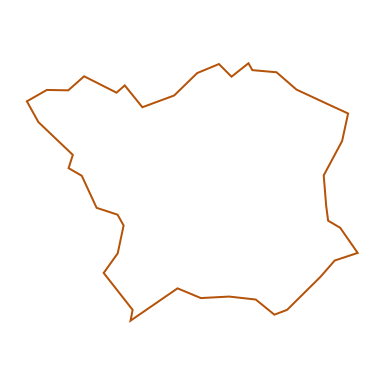 Madison, Georgia, United States of America, rotated 181°
{"feature_id": "52423323B87316912703602", "entity_name": "Madison", "entity_type": "district", "adm_level": 2, "iso_a3": "USA", "parent_name": "United States of America", "parent_adm1": "Georgia", "projection": "orthographic", "projection_center": [-83.203, 34.136], "detail": "fine", "context": "isolated", "style": "outline", "palette": "amber", "viewbox_px": 384, "rotation_deg": 181, "n_neighbors": 0, "source": "geoboundaries", "source_scale": "gbopen_adm2", "svg_char_len": 661}
<svg xmlns="http://www.w3.org/2000/svg" viewBox="0 0 384 384"><g transform="rotate(181 192 192)"><path d="M25.3,134.0L43.2,158.8L55.4,165.7L57.6,180.5L60.6,210.9L42.8,245.6L37.3,273.2L58.2,282.4L89.3,296.2L109.6,313.2L133.8,314.9L137.8,321.7L154.5,308.0L167.3,320.4L188.9,311.0L211.5,288.2L243.1,275.9L261.1,297.4L269.2,290.0L301.9,305.8L317.5,291.5L338.9,291.5L358.7,279.8L346.8,259.2L311.8,227.0L315.8,213.7L302.5,206.3L287.1,174.5L266.0,168.0L259.8,157.3L265.2,129.4L278.9,109.5L249.3,73.1L251.2,62.3L204.8,95.4L181.3,86.1L153.0,88.1L126.4,85.6L107.5,70.8L94.9,75.8L62.2,109.3L48.1,126.0L25.3,134.0Z" fill="none" stroke="#b45309" stroke-width="2"/></g></svg>